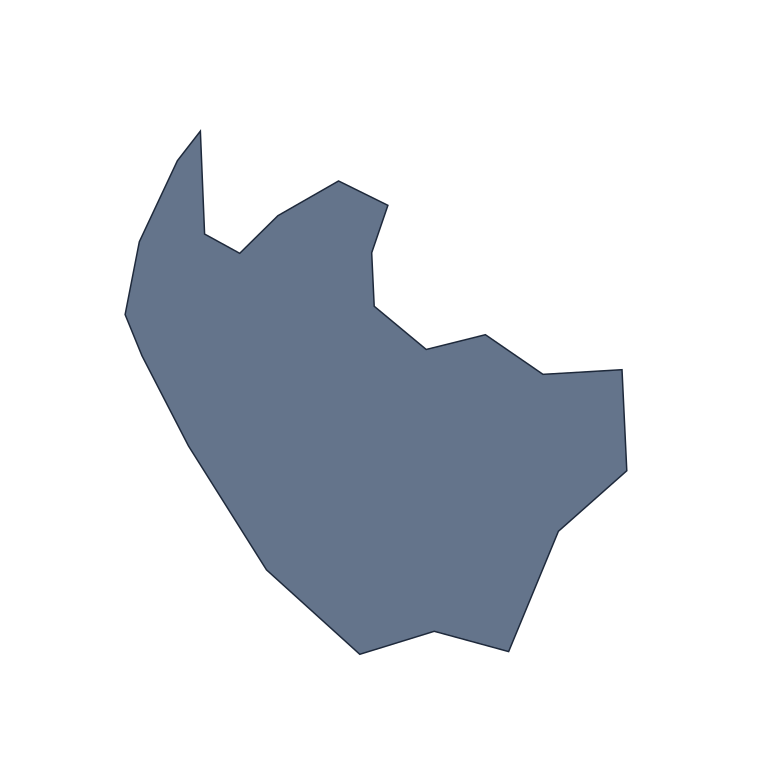 the border of Lemland, rotated 166°
{"feature_id": "ALD-4818", "entity_name": "Lemland", "entity_type": "state/province", "adm_level": 1, "iso_a3": "ALA", "parent_name": "Aland", "parent_adm1": "", "projection": "orthographic", "projection_center": [20.133, 60.033], "detail": "fine", "context": "isolated", "style": "filled", "palette": "slate", "viewbox_px": 768, "rotation_deg": 166, "n_neighbors": 0, "source": "natural_earth", "source_scale": "10m", "svg_char_len": 458}
<svg xmlns="http://www.w3.org/2000/svg" viewBox="0 0 768 768"><g transform="rotate(166 384 384)"><path d="M169.4,241.1L250.4,198.9L327.8,94.2L395.1,131.9L472.9,127.6L543.0,232.1L588.7,371.2L612.0,469.9L618.4,514.0L587.0,581.2L530.4,650.7L501.0,673.8L521.8,572.9L492.4,545.7L446.2,573.0L379.0,592.0L337.0,556.4L364.2,514.3L374.7,461.8L334.7,407.3L273.7,407.3L227.4,354.9L149.6,340.3L169.4,241.1Z" fill="#64748b" stroke="#1e293b" stroke-width="1.5"/></g></svg>